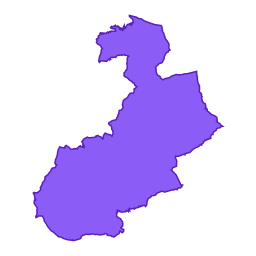 the district of Bezdead, Dâmbovita, Romania
{"feature_id": "2599482B78531328566142", "entity_name": "Bezdead", "entity_type": "district", "adm_level": 2, "iso_a3": "ROU", "parent_name": "Romania", "parent_adm1": "Dâmbovita", "projection": "equal_earth", "projection_center": [25.509, 45.163], "detail": "fine", "context": "isolated", "style": "filled", "palette": "violet", "viewbox_px": 256, "rotation_deg": 0, "n_neighbors": 0, "source": "geoboundaries", "source_scale": "gbopen_adm2", "svg_char_len": 5808}
<svg xmlns="http://www.w3.org/2000/svg" viewBox="0 0 256 256"><path d="M72.2,240.3L72.4,239.9L73.1,240.6L73.8,240.6L80.0,238.8L81.0,238.0L81.0,236.9L82.9,235.1L83.9,235.1L86.0,234.2L88.0,234.5L93.2,233.9L95.2,234.6L96.8,234.3L99.4,234.9L103.9,234.4L105.1,233.5L107.3,234.1L107.3,235.4L111.0,235.6L111.7,236.0L111.7,236.4L114.1,237.0L114.4,236.5L115.7,235.9L116.1,235.2L118.8,233.8L119.4,232.6L119.7,231.0L120.7,231.3L121.6,232.5L122.7,232.5L123.7,231.2L123.7,229.4L122.7,229.2L120.9,227.7L122.8,225.8L122.7,222.3L121.6,220.4L120.9,219.7L120.6,218.7L118.7,218.0L116.7,216.3L116.6,213.6L116.3,213.1L117.4,212.7L117.2,212.0L117.9,211.6L117.3,210.4L119.4,210.8L119.2,211.0L120.0,211.7L122.1,212.2L124.4,211.6L125.1,211.9L126.0,211.5L126.4,210.6L127.5,210.9L128.6,211.8L128.9,211.2L128.7,209.6L129.5,210.2L129.3,209.7L129.7,208.6L130.0,209.1L132.7,208.6L134.4,208.9L134.6,208.4L134.8,208.8L136.4,207.8L138.3,207.4L139.0,206.0L139.4,206.1L139.5,206.9L140.4,206.7L140.6,206.1L141.4,205.9L142.4,206.5L142.1,206.2L143.1,205.3L145.0,205.5L145.5,206.5L146.2,205.9L146.9,204.2L146.9,202.3L148.1,198.7L151.0,196.9L151.3,195.8L155.2,195.3L156.1,194.5L156.3,193.5L161.9,191.1L164.3,192.0L165.3,191.9L172.3,189.9L173.7,190.0L174.9,189.3L176.1,189.2L177.0,189.7L178.1,188.2L179.3,187.7L180.5,187.9L181.0,187.1L181.8,186.7L181.7,186.1L182.6,185.1L180.8,184.7L176.1,174.9L171.3,170.0L171.9,169.6L172.6,167.8L176.4,166.3L176.7,161.3L176.6,160.2L175.9,159.1L175.5,157.6L175.6,156.1L178.1,156.4L183.4,154.4L185.0,154.8L185.0,153.9L186.9,153.1L189.8,152.5L193.2,149.1L195.8,147.6L197.9,146.9L199.8,145.5L200.2,144.6L201.6,145.1L201.9,143.8L202.8,143.5L203.9,141.5L204.8,140.9L204.7,140.5L205.1,140.1L206.3,140.2L206.9,140.0L207.2,139.1L208.6,139.3L209.7,138.4L210.6,138.6L210.9,137.9L210.4,136.9L211.5,134.6L212.9,134.6L213.1,132.9L213.5,132.2L216.2,130.2L216.6,128.9L217.2,128.3L220.1,127.7L221.4,126.5L222.7,126.3L220.7,125.0L219.9,123.7L216.5,121.6L217.3,120.9L216.8,117.4L214.9,115.9L211.2,114.3L209.3,112.4L207.3,111.1L207.3,109.7L206.7,108.5L206.3,108.4L205.6,109.2L205.3,108.9L205.3,108.1L205.9,107.0L205.3,103.9L203.5,102.9L202.2,100.7L201.6,97.5L202.1,96.5L201.4,95.5L201.5,93.8L199.2,91.5L199.6,89.2L199.4,85.6L197.9,82.8L197.3,78.7L197.4,76.9L196.8,75.2L196.6,71.4L186.9,73.8L184.0,73.9L182.7,74.5L179.2,74.9L176.2,74.5L171.9,76.0L169.3,77.6L164.8,78.7L163.1,79.8L160.6,78.1L160.0,76.3L157.8,75.3L156.8,73.8L156.0,71.2L156.2,69.5L155.7,67.6L155.9,66.9L159.3,63.5L161.5,63.0L162.4,62.2L164.3,58.2L164.2,56.8L165.9,53.5L166.8,52.5L168.3,51.9L168.6,50.7L170.0,50.1L169.2,48.8L168.7,47.0L169.1,45.2L168.9,43.9L167.0,40.7L165.5,39.0L164.6,36.0L164.1,35.3L163.9,33.5L162.2,31.1L162.6,30.2L161.9,28.7L162.2,27.7L161.3,25.6L154.3,24.5L144.8,21.1L142.4,19.7L141.7,18.9L138.5,18.5L136.2,17.1L129.4,15.4L129.4,16.4L132.6,19.3L133.3,21.7L133.3,22.4L132.1,22.6L132.3,23.4L131.6,23.6L131.8,24.9L131.6,25.2L130.9,24.7L130.6,23.6L130.1,24.3L129.5,23.9L129.4,24.7L128.8,24.3L127.5,24.5L125.8,26.8L126.0,27.5L124.9,28.6L124.3,27.8L124.3,27.3L124.0,27.3L124.3,26.5L124.2,25.5L123.6,26.8L123.4,29.1L122.4,30.5L121.6,29.6L122.4,28.6L122.2,28.2L121.4,28.4L120.6,28.0L120.1,29.4L119.0,28.1L119.3,27.2L118.2,26.2L117.2,26.8L117.1,26.2L116.5,26.6L115.6,26.1L115.4,25.4L114.6,26.3L113.9,26.5L113.9,26.1L111.9,27.0L111.6,26.5L110.1,27.8L111.6,27.4L111.4,28.4L113.9,29.0L114.6,28.6L115.3,28.7L115.2,30.0L115.8,31.0L114.8,31.4L111.1,31.1L110.9,31.6L110.3,31.6L110.9,32.5L109.7,31.7L108.6,32.1L108.3,33.0L107.4,32.1L105.6,33.5L104.0,33.0L103.3,33.9L102.5,34.1L102.1,33.9L102.4,33.0L100.5,32.8L99.9,33.5L100.6,34.3L98.2,36.1L98.5,37.9L96.6,39.0L96.4,39.7L96.9,40.0L97.1,40.7L96.4,42.4L97.8,44.2L99.5,44.9L100.8,46.0L101.2,47.1L102.4,48.5L101.4,49.4L100.8,53.7L99.5,56.6L99.2,58.8L98.6,60.6L99.3,62.4L101.2,60.8L106.4,61.3L107.4,60.7L108.3,59.4L109.3,59.4L109.7,59.9L109.9,59.4L110.6,59.3L110.1,58.4L110.9,57.5L112.0,57.3L112.8,57.7L114.5,57.0L115.7,57.5L116.7,56.0L118.4,55.1L119.5,55.3L121.2,54.9L121.6,55.3L124.1,54.6L124.4,55.1L128.6,56.0L128.7,56.3L128.1,56.7L127.2,58.5L127.3,61.8L126.8,63.2L127.3,66.8L126.9,69.6L125.9,70.2L124.6,72.7L124.1,72.8L124.0,75.6L124.6,76.5L127.7,78.0L128.8,79.5L130.5,80.8L132.3,81.5L132.4,82.6L134.2,83.1L134.7,85.0L136.0,86.3L136.9,86.5L135.3,88.5L134.3,88.6L134.0,89.1L134.1,91.2L133.7,92.8L133.0,93.3L131.4,93.0L130.1,93.4L128.8,95.0L127.6,97.3L125.5,99.0L124.4,99.4L123.3,100.6L122.4,104.7L123.0,106.7L122.9,107.7L121.5,110.0L119.8,110.2L119.1,110.7L118.8,113.7L118.1,114.6L117.8,116.5L116.7,117.9L116.5,119.1L115.7,119.9L113.1,120.4L111.3,121.2L110.7,122.0L109.0,122.5L108.6,123.9L110.1,125.3L110.9,125.4L111.7,127.5L111.7,129.1L112.5,130.2L113.2,133.1L111.9,136.2L110.2,134.7L108.3,134.5L105.2,133.1L104.3,134.1L103.3,136.1L103.4,138.1L102.6,139.0L101.5,137.3L99.1,136.3L97.8,135.4L96.0,136.0L96.2,136.7L93.8,137.4L88.6,137.8L87.4,137.1L84.0,138.9L81.8,141.8L83.3,144.0L83.2,145.1L82.8,145.1L82.9,145.9L83.9,145.8L83.8,146.7L84.2,147.3L83.6,147.5L82.5,146.9L80.3,146.5L80.3,145.9L78.9,146.5L77.5,148.7L77.0,148.2L75.9,149.0L74.6,148.5L71.8,149.4L70.4,149.0L68.7,147.1L66.1,145.4L64.9,146.5L65.0,147.9L61.4,147.5L59.8,146.8L58.0,150.3L57.1,155.8L55.9,159.0L55.4,159.7L55.5,160.4L54.9,162.9L55.3,163.4L55.4,164.3L56.7,164.7L55.3,167.4L52.2,168.2L51.2,169.4L50.9,171.0L49.4,172.4L48.1,174.6L46.4,175.4L46.1,176.4L44.9,177.0L45.1,178.3L44.5,180.5L42.7,182.4L41.7,185.5L40.5,187.3L40.4,188.2L40.8,189.4L39.8,190.8L37.4,192.6L35.8,192.8L34.3,192.4L33.3,193.0L33.9,194.3L34.4,194.4L34.8,198.2L35.4,199.4L34.9,199.6L35.3,200.5L34.3,200.6L34.1,203.2L37.2,207.9L36.8,210.1L37.0,211.0L36.9,214.7L35.7,216.4L36.1,217.6L39.0,215.9L42.3,216.1L43.7,218.3L44.4,221.2L46.6,224.3L47.4,226.2L51.0,230.6L53.5,232.2L58.6,236.8L61.5,237.1L62.8,238.2L67.3,239.7L72.2,240.3Z" fill="#8b5cf6" stroke="#5b21b6" stroke-width="1.5"/></svg>